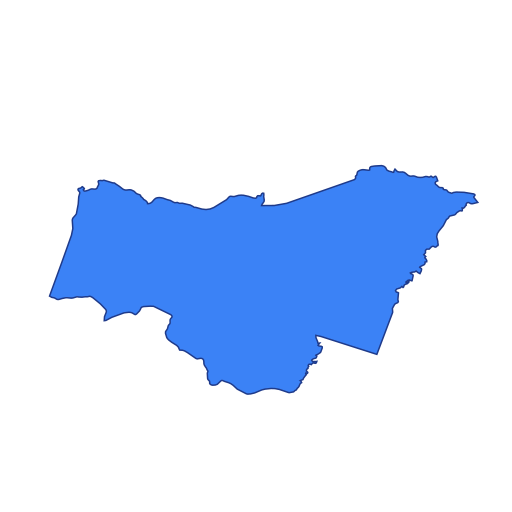 the border of Est, rotated 290°
{"feature_id": "CMR-1481", "entity_name": "Est", "entity_type": "Province", "adm_level": 1, "iso_a3": "CMR", "parent_name": "Cameroon", "parent_adm1": "", "projection": "natural_earth1", "projection_center": [14.383, 3.885], "detail": "fine", "context": "isolated", "style": "filled", "palette": "blue", "viewbox_px": 512, "rotation_deg": 290, "n_neighbors": 0, "source": "natural_earth", "source_scale": "10m", "svg_char_len": 6113}
<svg xmlns="http://www.w3.org/2000/svg" viewBox="0 0 512 512"><g transform="rotate(290 256 256)"><path d="M390.3,395.6L392.0,396.9L392.4,397.6L391.8,398.6L388.8,401.1L387.4,399.6L386.0,399.3L384.8,400.2L384.3,402.0L383.4,403.9L383.2,404.9L383.4,406.0L383.9,407.5L383.7,408.8L383.0,409.0L382.7,409.3L382.7,410.2L383.1,411.9L383.1,412.7L382.0,414.5L381.8,415.3L381.9,418.5L382.2,418.9L382.6,419.2L383.2,419.8L384.6,422.4L387.0,429.8L388.8,439.3L388.6,440.6L387.8,441.0L386.2,440.4L385.6,440.6L382.2,446.1L379.3,441.8L378.7,440.3L378.7,439.4L379.0,437.8L378.7,436.8L378.1,436.1L377.3,435.8L376.4,435.7L375.7,436.2L374.4,435.6L373.0,435.3L371.9,434.6L371.6,433.3L369.9,434.2L369.0,434.3L368.6,433.6L368.4,432.3L367.9,431.7L365.5,429.9L363.5,429.2L362.6,428.6L359.8,424.4L359.2,424.1L357.5,423.8L356.6,423.3L355.8,422.8L355.5,422.5L348.5,421.6L342.2,419.4L339.0,418.7L335.8,419.2L332.0,421.8L330.5,422.4L329.2,423.2L328.3,423.4L328.3,423.2L326.2,422.2L325.7,421.5L325.6,421.1L325.8,419.5L325.6,418.9L325.2,418.2L324.6,417.7L321.7,416.4L321.0,414.5L320.7,414.0L319.1,413.3L317.0,414.2L314.6,413.2L313.6,415.7L312.6,415.2L312.1,415.2L311.4,416.6L310.2,418.0L309.0,418.4L308.1,416.9L306.7,417.4L305.5,417.1L302.0,413.8L301.3,413.7L300.7,415.8L300.0,416.2L298.4,416.4L295.5,416.1L295.8,414.0L296.6,411.6L295.2,410.5L294.9,409.7L294.0,408.0L292.9,406.8L292.4,407.3L292.3,409.4L291.7,410.2L290.7,410.5L286.1,411.1L285.9,410.7L285.9,408.2L284.1,408.5L283.4,408.2L283.8,408.0L284.9,407.0L282.9,405.8L282.4,406.1L282.9,408.2L281.8,407.7L280.3,405.9L279.3,405.2L277.4,405.3L276.7,404.9L277.3,403.5L275.5,402.6L273.1,399.5L271.2,398.9L270.1,400.2L270.3,401.7L270.1,402.5L263.6,404.2L261.7,405.4L260.6,405.1L259.2,403.6L258.0,402.8L253.4,402.1L250.1,403.6L249.5,403.7L204.9,403.2L202.6,344.7L201.9,339.4L200.1,340.1L199.3,340.7L196.5,343.3L195.4,343.8L195.3,344.3L196.0,345.7L195.0,345.4L194.0,344.9L193.3,344.8L193.0,346.0L193.5,348.3L193.3,349.3L192.2,349.7L187.9,349.7L187.1,349.4L184.4,347.4L183.7,346.4L183.2,346.2L182.9,347.1L182.7,347.4L181.1,347.4L180.5,347.1L179.1,345.1L177.7,344.1L177.0,344.0L176.3,345.1L176.4,345.7L177.3,348.3L177.8,349.2L176.8,349.2L176.0,349.1L175.5,348.6L175.1,346.5L174.6,345.8L172.8,345.1L172.9,343.8L172.2,342.7L171.1,342.4L170.3,343.3L169.2,342.9L168.2,343.3L167.3,342.6L166.2,342.4L165.1,342.7L164.5,344.3L164.0,344.6L163.4,344.4L163.0,342.8L162.6,342.8L162.0,343.3L161.7,343.9L160.7,343.4L157.3,342.4L155.9,342.4L154.7,340.9L154.1,340.4L154.1,340.7L152.6,342.2L151.6,341.4L150.5,341.1L148.1,341.0L147.1,340.7L145.7,340.0L144.0,339.7L143.0,338.7L141.2,337.8L139.0,334.1L138.8,333.1L138.6,323.5L137.9,319.2L136.7,315.5L134.0,310.0L132.1,307.2L126.9,301.6L124.6,298.1L123.4,295.5L123.2,294.1L124.5,283.9L126.7,278.7L127.4,276.1L127.6,273.9L127.4,269.0L127.6,267.4L127.3,266.3L126.6,265.7L122.2,263.5L120.8,261.8L119.8,259.5L119.6,258.4L119.7,257.4L120.0,256.5L120.5,256.0L120.7,255.9L121.2,255.8L122.5,255.1L123.5,253.1L124.4,252.4L129.3,250.3L131.0,250.3L131.5,250.1L132.2,249.1L133.8,247.6L134.6,246.3L136.0,244.6L137.0,243.9L138.9,243.1L140.3,242.3L140.9,241.5L141.2,240.5L141.1,239.6L140.9,238.9L139.2,235.9L139.2,234.5L141.8,224.7L142.4,221.2L142.3,219.2L141.5,216.4L143.9,214.1L144.9,212.0L146.1,206.3L147.2,202.8L148.1,201.0L149.0,199.9L152.4,197.4L153.3,197.1L154.1,196.9L157.2,197.7L160.2,197.4L161.1,197.5L162.8,198.2L163.7,198.2L166.3,197.2L167.1,197.1L168.0,197.3L169.6,197.9L170.4,197.8L171.0,197.4L171.7,196.1L173.7,177.0L172.7,173.8L170.0,167.6L168.9,166.2L168.0,165.7L166.3,165.6L164.5,165.3L160.7,163.6L159.8,162.9L159.6,162.1L160.2,159.0L160.1,157.6L159.7,155.9L158.3,153.1L157.4,151.4L149.1,141.5L144.1,137.0L143.3,135.5L147.1,134.4L151.7,134.5L152.9,134.3L153.8,133.7L154.4,133.0L157.8,126.1L161.0,117.0L161.4,114.8L161.3,113.5L160.0,111.5L159.3,109.5L157.8,106.6L156.8,103.4L156.6,102.2L156.3,101.5L154.1,98.5L153.6,97.6L153.2,96.7L152.2,92.8L151.7,91.5L149.8,88.4L147.9,85.8L147.4,84.9L147.2,83.7L147.7,80.9L147.3,78.2L147.7,75.7L183.4,75.7L212.3,75.5L219.1,74.5L226.8,71.1L227.9,70.9L229.1,71.0L232.7,72.4L234.1,72.8L243.9,71.2L250.9,69.2L254.7,68.9L255.7,68.5L256.8,66.6L257.3,66.1L258.0,65.9L258.7,66.2L259.9,68.0L261.7,69.0L261.7,69.4L260.9,71.3L260.6,71.7L260.2,71.7L259.4,71.0L259.1,71.1L258.5,71.8L258.3,72.4L258.5,73.1L259.1,74.1L260.5,76.0L261.6,77.0L262.7,78.3L263.2,79.7L263.5,81.1L264.1,82.5L265.3,83.4L266.5,83.4L268.9,83.7L269.9,83.6L271.9,82.2L272.8,82.3L273.8,84.0L274.2,85.7L275.2,87.2L275.7,96.3L276.2,98.1L275.8,99.3L274.7,103.9L273.4,107.8L273.2,109.1L273.3,110.6L273.7,111.8L274.7,113.8L275.2,115.1L275.4,116.2L275.2,118.8L275.0,119.6L273.9,122.0L273.7,123.5L273.8,125.9L273.4,126.9L272.5,127.3L272.4,127.9L271.8,129.4L271.1,130.7L270.7,131.0L270.6,132.1L270.2,133.7L269.5,135.1L268.7,136.0L268.1,136.2L268.4,137.1L269.5,138.7L271.1,139.8L274.2,141.0L275.8,141.9L276.9,143.2L277.8,145.0L278.3,146.9L278.6,148.9L278.6,153.2L278.9,156.5L278.4,159.6L278.3,161.2L278.6,162.2L279.4,163.7L279.3,166.0L280.4,168.7L281.4,176.8L281.0,179.8L280.6,181.3L281.1,182.7L281.6,189.2L282.6,193.2L284.5,196.8L287.2,199.8L298.9,209.1L302.1,210.4L303.0,211.0L303.5,211.8L304.0,214.0L304.4,215.2L307.0,218.8L308.1,221.2L308.8,223.5L309.5,228.7L309.6,233.5L310.1,235.8L311.0,236.6L312.1,236.5L313.2,237.0L313.7,238.2L313.9,239.4L314.3,239.9L315.4,239.9L316.5,240.1L317.4,240.8L317.6,241.8L316.1,242.5L314.5,242.9L311.6,244.5L310.2,244.9L309.0,244.7L306.6,244.0L305.3,244.0L309.7,255.9L316.0,266.8L361.3,322.2L361.8,322.6L363.3,323.0L364.9,322.2L365.3,322.3L366.4,323.0L369.5,322.6L370.7,323.1L372.2,324.5L373.4,326.2L374.0,327.9L375.0,332.2L375.4,333.1L375.7,333.4L377.5,332.8L378.2,332.8L379.0,333.2L379.6,333.9L381.1,336.6L383.9,343.1L384.1,345.3L383.5,347.4L381.5,349.7L381.2,351.9L381.5,354.8L381.4,356.0L381.7,356.7L383.4,356.6L385.2,356.9L384.0,359.3L383.7,360.3L383.9,362.0L385.1,365.0L385.3,366.7L384.9,368.3L383.8,371.3L383.7,373.2L384.0,374.3L385.0,376.3L385.3,377.8L385.3,381.0L386.0,383.5L386.9,385.6L388.8,388.3L389.2,389.8L389.3,391.5L389.5,392.0L390.8,393.0L390.9,393.7L390.4,394.8L390.3,395.6Z" fill="#3b82f6" stroke="#1e3a8a" stroke-width="1.5"/></g></svg>